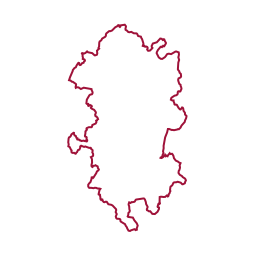 the Province of Anhui, rotated 193°
{"feature_id": "CHN-1179", "entity_name": "Anhui", "entity_type": "Province", "adm_level": 1, "iso_a3": "CHN", "parent_name": "China", "parent_adm1": "", "projection": "equal_earth", "projection_center": [117.353, 32.025], "detail": "fine", "context": "isolated", "style": "outline", "palette": "rose", "viewbox_px": 256, "rotation_deg": 193, "n_neighbors": 0, "source": "natural_earth", "source_scale": "10m", "svg_char_len": 5813}
<svg xmlns="http://www.w3.org/2000/svg" viewBox="0 0 256 256"><g transform="rotate(193 128 128)"><path d="M196.2,161.3L195.9,164.5L194.7,171.1L194.8,172.0L193.6,174.5L192.5,175.4L192.2,177.2L191.2,180.0L190.8,180.4L190.2,180.3L189.5,178.7L189.0,178.5L188.5,178.7L188.0,179.2L187.3,180.9L186.0,181.5L185.8,182.9L185.2,183.5L185.2,184.3L185.9,185.0L187.6,185.1L187.8,186.6L188.5,187.9L188.6,189.0L189.7,190.3L189.5,190.7L187.5,190.7L186.3,191.6L185.1,193.4L184.1,192.8L179.7,192.9L176.9,191.3L176.3,191.4L174.8,192.4L174.7,193.7L175.6,196.4L174.0,198.8L174.8,199.3L174.5,200.8L175.2,204.7L175.1,205.9L173.8,207.4L173.3,209.3L170.7,211.8L170.3,212.9L170.6,214.4L170.3,215.4L168.1,218.2L166.9,218.4L165.5,219.4L163.0,223.4L161.6,224.5L160.7,226.0L160.2,226.1L159.3,224.9L158.6,224.6L158.3,225.1L158.4,226.3L154.4,227.9L153.1,226.9L152.8,226.4L152.8,224.0L152.4,223.1L150.8,222.6L149.4,221.6L148.2,221.6L146.4,222.4L143.7,221.6L140.9,222.1L140.2,221.7L138.8,219.9L136.0,219.9L135.1,218.5L134.3,217.8L132.1,214.0L131.9,213.4L132.1,211.3L131.4,211.2L130.5,211.8L129.6,211.0L128.5,211.5L127.5,211.3L126.8,210.4L127.0,208.8L125.9,207.8L125.6,207.8L124.0,208.4L122.2,211.3L122.2,211.6L122.9,212.0L123.4,213.2L122.8,215.9L119.2,218.0L116.7,222.4L115.2,222.5L113.8,221.5L113.5,221.7L113.2,222.5L112.6,222.5L111.4,220.7L110.3,219.7L110.1,218.9L111.1,215.8L111.3,215.6L112.3,216.0L113.1,214.4L113.6,214.4L114.1,214.7L114.5,214.4L116.4,210.7L117.0,208.3L116.9,207.3L113.9,203.7L111.7,202.8L110.2,203.0L108.0,205.3L107.3,206.7L106.6,208.6L106.2,209.0L104.9,209.6L102.6,209.7L99.0,213.1L98.2,213.4L95.6,213.1L94.9,211.1L94.8,209.7L94.9,208.3L93.5,205.8L93.7,203.1L92.6,196.4L92.0,195.7L90.8,194.8L90.2,193.5L88.7,192.6L87.9,190.4L87.9,189.9L88.2,189.1L89.9,187.7L90.0,186.5L89.7,185.4L88.0,182.6L86.5,181.9L86.2,180.8L85.4,179.8L84.7,178.2L85.2,175.5L85.7,175.1L86.7,175.3L87.4,174.9L87.6,174.1L87.3,172.9L87.4,171.8L88.4,170.7L89.9,170.0L92.0,167.8L92.6,166.9L92.6,165.2L91.2,164.8L89.8,165.1L89.5,164.0L88.7,163.0L88.0,161.5L87.5,161.3L86.4,161.6L85.6,161.5L83.3,159.0L81.7,157.9L81.2,157.8L80.8,158.1L79.9,160.2L79.2,160.1L78.6,159.4L77.7,157.2L76.0,155.7L75.4,153.9L73.8,153.0L73.6,152.4L73.6,150.4L74.1,148.4L74.1,146.6L76.4,142.4L76.9,140.2L78.2,138.2L79.0,138.2L79.7,137.6L82.7,136.2L84.0,136.2L84.8,135.9L87.8,136.3L88.9,136.0L88.9,132.5L89.7,127.2L89.3,118.6L88.7,116.3L88.6,113.1L87.8,111.6L88.3,109.1L87.9,108.5L88.1,107.8L89.6,106.5L89.6,106.2L88.5,106.3L87.4,107.4L86.3,108.9L85.8,110.2L84.8,109.1L84.4,109.8L83.1,109.4L82.9,110.3L81.7,112.8L81.3,112.4L80.6,112.2L79.3,112.8L78.8,112.5L77.5,111.1L76.4,108.9L74.1,107.0L71.7,106.5L70.7,105.9L68.9,105.6L69.3,103.1L68.6,101.7L68.4,100.9L68.5,98.6L68.9,97.7L68.7,95.6L67.1,94.1L64.6,93.3L63.7,92.5L61.2,91.6L60.5,91.0L59.8,90.0L60.2,88.3L60.2,86.9L61.9,85.5L62.5,85.4L64.3,86.6L67.5,86.8L68.8,86.0L70.8,85.4L71.4,84.8L72.0,82.1L73.3,80.5L73.4,80.1L73.1,77.0L72.5,76.1L72.8,75.0L72.8,73.8L73.4,72.6L73.3,71.1L73.5,70.5L73.8,70.3L74.4,71.1L74.9,71.1L76.2,69.3L77.7,68.8L80.4,68.5L81.6,67.9L80.7,63.5L79.9,61.6L80.4,60.9L81.1,61.3L81.3,61.0L81.5,58.1L81.2,57.6L79.9,57.5L79.6,56.1L80.4,53.0L82.5,50.2L85.0,49.8L87.6,51.9L88.7,51.5L89.5,51.9L91.0,52.2L91.4,53.1L91.1,55.1L91.2,55.7L93.2,57.9L94.0,59.9L95.5,62.2L96.5,62.9L97.2,62.8L104.0,60.1L104.4,59.6L104.8,58.1L105.1,57.6L107.0,56.7L107.8,56.6L108.7,55.5L110.1,55.8L110.3,54.0L110.1,53.3L109.2,51.9L108.4,49.2L107.6,47.7L107.7,46.6L108.5,45.3L108.2,43.4L108.4,41.7L107.8,41.4L103.1,41.8L101.1,39.5L98.0,37.1L96.6,35.1L96.9,32.1L96.5,30.9L97.7,30.2L98.7,30.9L99.1,30.8L102.0,29.0L102.9,28.1L104.4,28.1L106.2,30.0L106.7,30.9L108.4,32.4L109.2,33.6L114.0,35.2L114.4,35.6L114.9,37.1L115.3,37.4L116.2,37.5L118.3,37.1L119.1,37.5L120.0,39.0L119.6,41.6L121.1,43.3L121.0,45.4L121.5,46.3L125.6,49.0L127.0,49.4L130.0,49.3L132.1,51.3L133.1,51.2L134.2,50.4L135.0,50.4L136.1,51.2L136.9,52.6L137.8,52.6L138.1,51.9L138.6,52.2L139.0,52.9L139.4,54.5L139.9,55.4L140.2,56.6L140.5,56.8L141.6,56.6L141.8,56.9L141.8,61.1L141.2,62.5L141.9,62.6L144.2,62.2L145.3,62.5L146.9,62.3L148.0,61.6L150.7,61.4L151.9,61.0L152.7,61.1L153.6,62.1L154.0,63.8L153.4,65.3L152.4,66.9L152.1,69.9L152.3,71.7L151.8,72.0L150.8,71.5L150.5,72.0L148.8,76.8L148.5,78.7L147.3,80.1L147.1,81.1L148.4,82.3L148.9,83.7L151.3,84.4L151.7,83.9L153.4,83.3L153.8,82.0L154.3,82.1L155.0,82.7L155.3,83.8L155.2,86.1L156.1,89.5L157.6,91.3L156.0,92.6L155.8,93.4L156.2,95.0L157.3,96.2L157.3,97.8L157.6,98.5L159.4,99.5L159.6,100.1L160.0,100.3L161.4,99.9L165.5,100.4L166.5,99.7L169.7,100.2L170.4,99.3L170.1,98.4L170.5,96.0L171.8,95.2L172.2,93.1L172.8,92.4L173.1,91.3L173.5,91.1L174.9,91.7L176.2,91.3L177.4,91.5L177.8,92.2L177.9,93.5L178.6,93.9L180.5,96.3L182.0,96.7L182.1,98.7L183.0,100.6L183.5,104.3L183.4,105.5L182.4,106.4L181.9,107.5L181.7,109.0L180.0,111.1L179.6,111.1L179.4,110.1L178.3,108.7L177.1,108.5L176.0,106.8L175.0,106.6L175.0,105.6L174.8,105.4L173.1,105.7L172.4,105.1L171.5,105.3L170.6,104.8L168.4,105.7L167.5,105.5L166.7,106.0L165.7,105.5L165.1,105.7L164.9,106.2L165.0,107.0L165.9,107.9L166.2,109.6L166.6,109.9L167.9,110.1L168.2,110.6L168.3,113.2L168.7,115.2L168.1,116.1L167.7,117.1L168.3,117.7L168.2,118.6L166.3,120.0L163.7,120.6L163.4,121.1L163.4,122.9L160.5,125.1L160.1,126.7L160.7,128.0L159.8,128.7L159.7,129.5L159.2,129.9L159.9,131.0L161.3,132.1L162.0,132.1L162.4,132.3L163.0,133.5L162.7,135.6L163.1,136.4L165.1,138.1L167.5,138.6L168.7,139.2L168.8,139.6L168.1,140.8L168.5,141.5L170.3,141.9L171.0,140.8L171.5,140.6L171.9,140.8L172.3,142.5L173.4,142.2L174.1,142.6L174.5,146.4L173.0,151.2L172.3,152.0L170.7,152.8L170.4,153.6L170.5,154.7L171.0,155.6L171.8,156.5L172.3,157.7L180.2,157.3L182.7,155.4L185.3,156.4L187.0,156.2L187.9,155.4L188.3,156.1L188.3,158.5L188.7,159.2L192.2,160.6L193.2,160.5L194.6,161.3L196.2,161.3Z" fill="none" stroke="#9f1239" stroke-width="2"/></g></svg>